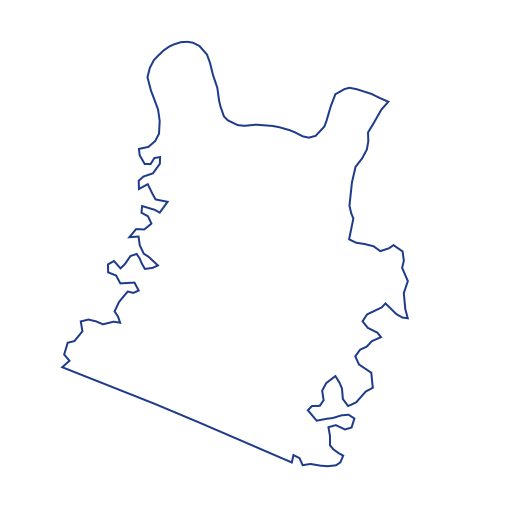 Boa Vista da Aparecida, Paraná, Brazil, rotated 194°
{"feature_id": "56859067B44765348514460", "entity_name": "Boa Vista da Aparecida", "entity_type": "district", "adm_level": 2, "iso_a3": "BRA", "parent_name": "Brazil", "parent_adm1": "Paraná", "projection": "natural_earth1", "projection_center": [-53.421, -25.443], "detail": "fine", "context": "isolated", "style": "outline", "palette": "blue", "viewbox_px": 512, "rotation_deg": 194, "n_neighbors": 0, "source": "geoboundaries", "source_scale": "gbopen_adm2", "svg_char_len": 2427}
<svg xmlns="http://www.w3.org/2000/svg" viewBox="0 0 512 512"><g transform="rotate(194 256 256)"><path d="M417.1,101.2L319.0,88.1L272.2,80.9L171.3,64.3L171.5,71.9L164.9,70.4L160.1,64.3L152.8,67.4L142.4,68.2L135.4,69.4L127.7,72.3L124.2,76.2L123.1,83.4L127.9,84.6L134.1,87.1L138.4,90.2L140.7,99.3L144.3,107.4L137.6,111.2L127.7,109.2L121.8,112.7L121.2,122.1L127.7,124.4L134.4,122.1L142.6,117.2L147.5,115.4L157.3,110.9L168.4,118.9L165.3,124.0L157.9,126.0L155.5,132.4L159.2,141.3L157.1,149.7L149.9,158.7L144.3,153.2L140.5,148.2L137.1,138.2L130.3,132.7L123.4,138.2L116.7,151.1L110.8,156.4L115.9,170.6L129.9,175.7L135.4,182.7L132.3,190.3L126.7,194.8L122.9,201.5L115.1,207.5L119.7,211.0L130.1,213.3L136.8,218.4L134.1,226.2L121.6,236.5L118.9,241.3L105.8,233.6L99.1,231.7L93.7,232.3L98.3,240.6L103.6,255.7L102.6,268.4L111.4,279.9L111.4,287.2L114.9,295.9L125.2,299.8L128.8,295.7L136.6,290.8L144.3,293.9L153.4,293.9L162.2,293.1L169.7,294.7L170.6,315.9L174.0,320.6L177.5,327.4L180.7,350.5L181.0,366.6L176.7,376.2L174.2,386.2L174.8,394.6L177.2,403.0L174.0,413.3L169.8,428.3L164.9,437.7L174.0,439.2L183.1,441.2L198.8,442.2L206.1,441.8L210.6,439.3L218.1,432.2L219.7,419.3L220.3,404.0L221.0,398.1L227.2,387.0L233.4,383.6L239.5,383.4L248.1,385.4L253.4,386.2L264.7,386.6L271.4,386.2L287.9,383.4L298.7,379.5L305.5,378.6L316.1,380.8L320.9,383.7L326.7,392.6L329.4,397.8L334.2,409.8L341.7,421.5L347.3,432.2L352.3,439.6L361.7,446.1L368.7,447.7L374.0,447.3L380.2,445.5L386.8,441.5L391.1,438.0L395.5,432.9L399.4,426.8L402.5,421.3L404.5,412.9L404.6,403.3L397.9,391.0L393.0,384.0L386.4,374.3L382.1,363.7L379.7,351.2L381.6,343.2L386.8,335.8L395.5,331.6L393.3,325.7L386.3,318.4L380.5,319.7L378.3,326.5L373.0,328.8L371.6,322.2L376.0,311.3L384.5,305.8L388.0,300.7L385.8,292.7L378.4,299.5L371.6,291.4L367.2,286.6L354.9,287.2L359.9,274.8L365.5,276.3L378.6,276.9L377.6,270.3L370.4,268.4L365.3,262.1L370.9,254.7L378.8,253.1L383.4,243.6L374.7,246.5L371.4,238.3L365.5,231.1L359.7,229.1L348.9,223.1L353.5,219.4L360.7,216.6L365.0,221.1L368.4,225.6L372.3,229.1L377.8,225.6L381.3,216.3L384.5,211.2L392.6,216.8L397.6,212.0L395.5,204.4L387.0,203.2L381.0,196.6L367.5,200.8L361.5,194.1L366.1,190.5L371.8,190.5L374.4,185.4L377.8,178.2L379.8,168.0L375.2,163.8L371.7,158.4L378.3,157.8L388.0,152.7L395.5,153.9L403.2,153.8L410.2,150.1L406.2,141.0L411.6,129.5L417.7,126.3L418.0,120.1L418.3,114.0L411.6,109.2L417.1,101.2Z" fill="none" stroke="#1e3a8a" stroke-width="2"/></g></svg>